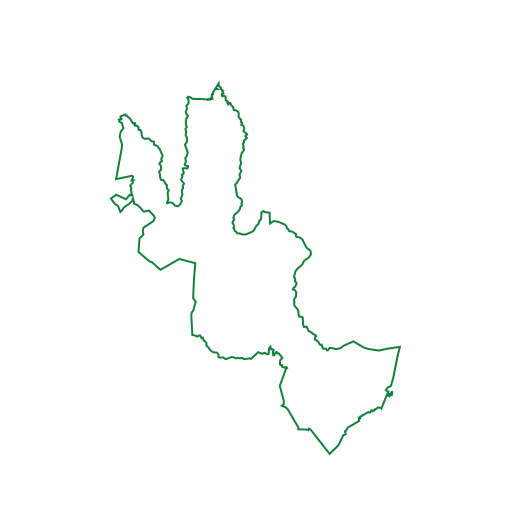 outline of Pilcaya, Guerrero, Mexico, rotated 35°
{"feature_id": "50627088B59284126208067", "entity_name": "Pilcaya", "entity_type": "district", "adm_level": 2, "iso_a3": "MEX", "parent_name": "Mexico", "parent_adm1": "Guerrero", "projection": "robinson", "projection_center": [-99.629, 18.716], "detail": "fine", "context": "isolated", "style": "outline", "palette": "green", "viewbox_px": 512, "rotation_deg": 35, "n_neighbors": 0, "source": "geoboundaries", "source_scale": "gbopen_adm2", "svg_char_len": 6133}
<svg xmlns="http://www.w3.org/2000/svg" viewBox="0 0 512 512"><g transform="rotate(35 256 256)"><path d="M108.8,165.8L109.9,166.0L112.1,168.0L113.3,169.8L112.7,172.7L115.2,175.3L115.7,178.0L117.3,179.6L119.9,180.2L120.3,184.3L123.3,188.8L125.1,189.7L125.4,192.6L127.6,194.2L129.1,197.4L132.0,199.0L133.9,202.0L134.0,205.7L140.6,210.2L141.8,213.4L142.0,216.4L144.6,219.1L145.1,222.0L146.2,222.4L148.7,221.3L149.1,221.7L149.5,223.2L149.2,224.1L147.1,224.9L145.7,226.4L149.0,229.2L149.4,230.2L148.6,231.9L150.0,232.7L150.7,236.2L151.4,236.8L155.6,238.0L155.9,240.8L157.3,242.1L157.2,243.5L158.4,245.9L160.4,247.7L161.6,252.3L163.7,253.4L164.2,257.5L163.7,259.8L162.8,260.5L160.9,261.2L157.6,260.5L156.2,260.8L154.1,262.0L153.1,263.7L152.5,263.5L151.7,259.8L147.5,255.1L146.8,252.2L144.3,251.8L142.1,248.9L140.7,248.8L136.6,246.9L135.4,248.0L134.4,248.0L132.4,246.7L129.9,243.6L128.5,242.7L128.2,241.2L128.9,240.2L127.8,238.3L126.3,236.7L123.9,235.8L123.8,233.8L124.6,232.2L122.7,230.9L122.3,228.1L121.7,227.2L115.3,223.4L114.5,223.5L112.7,222.5L108.6,223.2L106.7,220.9L104.5,222.0L100.8,221.2L97.8,223.8L95.5,224.2L92.7,222.4L92.1,221.2L90.1,219.5L88.9,219.2L87.6,220.0L85.8,217.9L83.6,217.5L82.2,218.7L81.6,218.6L80.9,216.6L79.8,216.9L79.1,218.0L73.3,215.5L71.4,215.6L69.8,215.1L68.7,215.7L67.6,215.1L65.0,219.3L66.3,221.1L67.2,221.0L66.9,222.0L65.5,222.9L67.1,224.4L69.9,224.0L74.2,227.5L73.8,231.4L75.8,236.4L82.2,241.4L84.4,245.1L97.3,273.3L108.2,261.6L109.3,261.3L110.3,262.2L110.7,265.4L112.2,264.4L112.0,265.4L113.1,266.6L112.6,270.5L115.2,272.1L115.4,273.5L117.7,275.3L118.1,276.4L119.8,277.1L119.2,278.0L117.4,278.3L117.0,284.1L106.3,286.0L104.2,292.2L110.6,294.3L114.1,294.1L119.7,297.7L120.1,295.5L120.0,292.4L121.1,288.4L122.1,286.7L122.6,283.6L123.0,283.0L122.9,281.4L122.2,279.5L125.6,282.1L126.0,283.1L129.9,282.3L133.4,282.7L138.3,284.1L140.3,282.5L142.0,280.1L148.8,281.5L151.3,282.8L151.9,286.4L147.6,297.3L148.7,300.2L151.4,303.0L151.1,306.0L150.4,308.2L157.4,320.1L171.5,321.5L174.7,320.8L185.6,322.2L194.9,302.4L210.4,296.7L219.0,311.4L228.7,326.6L232.8,328.0L235.9,336.6L235.8,339.1L236.9,341.5L249.1,357.2L252.5,355.8L253.8,355.9L254.3,355.5L254.8,353.9L255.8,353.2L258.5,354.5L259.3,353.4L261.1,354.9L265.2,355.7L267.0,358.0L269.8,358.2L271.8,359.2L274.4,359.5L276.4,359.3L279.0,357.7L280.4,357.8L282.0,358.5L283.3,360.4L285.1,359.6L287.2,357.9L289.5,358.0L290.7,357.5L293.8,353.0L295.4,352.0L298.5,351.3L299.8,349.5L301.6,349.1L302.2,348.1L303.5,347.4L305.4,347.3L309.4,343.6L310.9,343.2L313.0,333.5L317.0,332.7L318.4,330.4L321.7,330.0L322.5,328.8L320.0,324.8L319.6,322.8L319.8,322.0L321.9,323.8L323.5,322.7L324.5,323.0L324.8,324.8L327.0,327.4L327.8,326.8L327.3,323.6L328.1,322.8L329.3,323.7L330.5,322.7L336.1,324.4L335.6,327.3L337.0,330.0L338.1,331.2L338.8,331.3L340.1,330.4L340.7,331.6L341.8,331.5L343.6,331.0L344.5,329.6L345.7,329.9L345.3,331.2L350.0,348.8L361.8,358.6L363.8,361.8L363.1,363.8L367.3,362.9L370.2,363.5L389.3,372.3L390.1,373.7L398.0,368.5L398.8,368.5L398.5,367.0L399.7,366.7L429.8,375.9L432.1,363.7L430.3,352.7L431.7,350.6L429.4,348.5L430.0,347.7L429.6,343.9L435.1,332.0L433.3,330.0L434.0,330.0L434.4,329.5L434.3,328.8L433.4,327.9L434.5,326.3L434.4,325.1L435.4,324.2L437.5,319.4L438.9,319.2L439.3,318.7L439.0,316.3L440.1,315.4L440.9,316.0L441.6,314.2L441.3,313.4L442.2,312.2L442.8,310.0L445.4,308.8L446.2,309.0L443.0,295.2L443.8,294.6L445.9,294.3L445.9,293.3L445.4,292.3L445.6,291.8L447.0,292.0L447.0,291.6L445.4,289.3L445.1,289.5L445.1,291.4L443.6,293.5L442.6,293.6L442.1,291.2L441.6,291.6L439.1,291.2L439.6,287.3L441.0,285.4L440.6,283.7L438.4,277.3L429.7,257.6L426.0,247.9L416.3,257.1L411.0,262.9L401.4,267.7L397.0,269.1L384.7,270.1L379.1,279.5L378.0,283.3L374.8,286.5L369.9,288.3L369.1,289.1L369.0,292.1L368.4,292.6L366.7,291.8L363.9,293.4L360.6,291.0L360.0,291.8L359.1,292.0L355.9,290.4L355.2,290.7L354.5,290.4L352.0,290.6L350.9,288.4L351.2,287.1L350.3,286.6L347.5,287.3L346.1,286.8L342.2,287.2L337.9,284.8L336.0,286.6L334.1,285.3L329.6,279.7L328.7,279.4L326.4,280.8L325.7,280.7L321.9,276.6L319.8,275.5L316.5,274.9L315.6,274.2L314.7,273.4L313.9,271.5L312.9,271.0L312.3,270.1L311.9,267.9L312.1,266.5L310.0,262.9L308.1,261.7L305.3,262.2L305.0,260.6L305.7,258.4L305.0,255.3L304.4,254.6L302.6,254.5L301.0,252.0L299.1,251.4L297.1,245.8L297.2,243.0L298.6,237.5L298.7,235.7L298.2,233.6L298.4,231.3L300.0,227.4L300.2,226.1L300.0,223.0L297.9,220.7L296.9,220.3L293.3,220.3L290.7,219.3L284.9,216.0L283.7,215.7L279.9,216.1L278.9,216.9L277.7,217.1L276.8,216.3L276.4,215.1L271.3,215.3L269.3,216.5L268.4,216.5L267.2,215.7L265.5,215.5L263.7,214.1L261.5,213.7L254.9,215.1L251.4,216.6L250.3,217.7L248.9,221.4L242.3,212.7L238.9,214.6L236.2,215.1L235.4,217.1L237.5,220.1L239.1,223.5L238.5,224.8L239.6,228.5L239.0,231.1L239.5,236.4L238.8,238.7L235.0,244.5L232.4,246.1L229.5,246.9L227.8,248.2L225.6,247.5L224.4,247.8L222.4,246.3L221.4,246.0L221.4,245.1L220.2,243.5L217.5,242.1L217.2,238.6L216.2,238.4L215.5,237.5L214.6,234.7L215.7,230.7L216.0,227.3L215.0,224.3L215.5,222.9L215.0,222.0L214.1,221.6L213.4,219.3L211.1,217.7L207.2,218.0L205.7,217.3L198.0,209.4L198.4,206.2L198.1,205.1L198.2,201.2L197.6,200.2L195.7,198.8L195.2,194.6L192.4,193.6L191.1,190.9L190.6,188.3L188.5,186.8L187.2,184.9L185.3,180.0L185.4,176.2L184.9,175.3L183.4,174.9L183.0,173.1L180.9,171.9L181.0,169.9L180.0,168.4L180.9,164.6L178.8,164.2L178.3,163.4L179.2,161.6L178.9,161.3L174.2,161.0L173.0,157.9L171.1,156.7L168.6,156.8L168.8,155.7L168.4,154.9L166.5,154.7L165.5,152.8L163.8,152.8L161.8,151.9L160.2,149.3L158.8,148.1L156.7,148.0L154.0,149.2L151.9,147.1L149.8,146.8L147.2,145.5L146.3,147.8L145.9,147.5L146.1,146.2L145.5,146.1L144.7,146.9L143.9,146.2L143.9,145.6L141.9,145.8L139.5,142.9L137.7,143.2L137.0,144.4L136.1,144.3L135.1,142.9L136.1,141.6L133.9,140.6L133.6,140.2L134.1,139.6L130.9,138.9L130.5,138.2L128.1,138.2L126.4,136.1L126.7,141.6L128.7,141.4L127.0,142.7L126.8,142.5L127.0,147.2L127.9,148.0L127.2,148.9L128.3,151.0L128.7,150.6L129.6,152.2L130.1,152.3L129.2,153.6L128.5,152.6L127.5,154.3L127.8,154.8L127.1,155.7L126.7,155.3L113.9,163.6L110.9,163.7L109.3,164.3L108.8,165.8Z" fill="none" stroke="#15803d" stroke-width="2"/></g></svg>